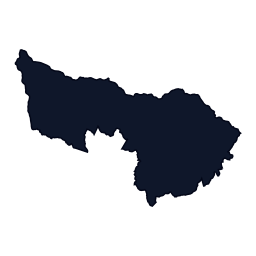 the district of Novo Acordo, Tocantins, Brazil
{"feature_id": "56859067B81404235342349", "entity_name": "Novo Acordo", "entity_type": "district", "adm_level": 2, "iso_a3": "BRA", "parent_name": "Brazil", "parent_adm1": "Tocantins", "projection": "robinson", "projection_center": [-47.429, -10.16], "detail": "fine", "context": "isolated", "style": "filled", "palette": "ink", "viewbox_px": 256, "rotation_deg": 0, "n_neighbors": 0, "source": "geoboundaries", "source_scale": "gbopen_adm2", "svg_char_len": 5783}
<svg xmlns="http://www.w3.org/2000/svg" viewBox="0 0 256 256"><path d="M25.6,88.7L25.9,89.9L25.7,91.2L25.8,92.3L26.2,93.2L27.9,94.3L29.4,95.8L29.6,96.8L29.6,97.7L29.0,100.6L28.5,101.5L28.3,102.4L28.4,104.6L28.0,106.6L28.2,109.3L28.0,110.4L28.2,111.6L29.3,113.5L29.6,115.5L30.4,117.7L30.7,120.6L31.3,124.1L31.4,125.2L31.4,126.1L31.8,128.2L32.3,129.2L33.2,129.6L34.1,129.4L35.3,129.4L36.4,129.1L37.1,128.6L37.6,129.4L39.8,130.2L39.7,131.1L39.8,131.9L41.4,132.7L41.5,133.8L42.2,134.8L43.8,134.5L44.6,134.8L46.1,134.7L46.6,135.6L48.0,136.6L48.8,137.0L49.8,137.0L50.8,138.2L51.7,138.5L52.2,137.6L53.1,137.3L54.2,137.7L58.2,137.3L58.9,137.8L60.6,137.8L61.6,138.4L63.0,139.7L64.8,140.4L65.7,141.3L66.0,142.6L66.9,143.0L67.5,144.0L69.0,145.1L69.8,145.0L71.5,143.8L72.2,144.5L72.6,145.6L73.0,146.3L73.2,147.2L73.8,147.8L75.5,148.1L87.4,152.1L87.6,151.0L87.0,149.6L85.3,147.4L84.8,146.3L84.9,144.8L85.2,143.6L84.8,142.9L84.8,141.9L84.3,140.2L84.6,138.4L84.9,137.4L84.9,136.4L84.4,135.7L84.2,134.8L84.6,133.9L85.3,133.5L85.5,131.8L86.4,130.7L86.9,129.3L88.8,129.7L89.7,130.3L91.3,131.0L92.4,132.6L93.1,132.8L93.7,133.4L94.1,134.4L98.0,126.2L98.7,127.0L99.0,128.6L99.5,129.3L99.8,130.1L100.4,131.1L101.2,132.0L102.0,132.4L102.9,132.4L103.7,132.7L104.7,132.5L105.4,133.6L106.6,134.7L107.5,134.4L108.9,134.7L109.4,135.6L110.4,136.3L113.0,135.3L113.4,134.3L113.4,132.6L114.2,131.8L114.5,131.0L115.7,129.8L116.1,128.6L117.1,128.2L119.7,129.2L120.2,129.9L119.9,131.0L119.9,132.3L120.9,132.7L121.6,132.7L122.2,134.1L122.8,135.0L123.2,136.7L123.9,137.7L125.0,138.9L125.8,139.5L126.6,139.7L127.8,138.9L121.9,148.9L123.3,148.9L124.8,149.9L125.7,150.1L128.9,149.8L129.5,151.2L131.4,151.6L132.3,151.6L135.1,150.1L136.2,150.2L136.8,150.7L136.8,151.6L138.1,153.1L137.5,153.9L137.2,154.7L137.7,155.9L137.6,157.1L138.3,158.0L138.4,159.4L138.0,160.2L138.7,160.2L139.5,159.8L139.9,160.6L140.5,161.1L139.6,162.0L138.6,162.3L137.9,164.2L138.1,165.4L137.8,166.4L136.8,166.7L136.1,167.6L135.9,168.4L135.5,169.1L135.4,170.4L134.5,171.3L135.6,171.8L135.1,172.5L135.1,173.7L134.4,174.4L135.1,175.6L135.8,176.3L135.0,178.1L135.1,179.2L136.1,179.8L136.0,180.8L136.1,181.8L135.1,181.9L134.5,183.2L134.4,184.6L135.6,184.2L137.7,187.5L138.0,188.5L139.9,190.1L141.0,190.3L142.1,190.3L142.9,190.1L143.9,190.1L144.7,189.7L146.0,191.0L146.2,192.0L146.9,194.0L146.7,195.4L147.0,196.5L146.9,198.1L148.0,201.9L149.1,202.3L149.1,203.3L150.2,205.3L152.3,206.1L156.0,202.2L155.4,201.4L155.4,199.8L155.7,198.6L155.7,196.9L157.0,196.4L157.7,196.7L159.2,196.9L160.2,196.1L162.5,195.6L163.3,195.2L164.9,193.6L165.6,193.4L167.5,193.6L168.7,193.4L170.0,191.9L170.8,192.1L172.7,194.8L173.6,195.7L174.5,195.9L174.8,196.8L176.6,196.7L177.0,196.0L180.2,195.6L180.9,195.1L183.0,195.0L184.1,194.6L185.1,195.1L187.1,194.5L190.3,193.9L192.0,193.0L192.9,191.9L195.4,190.6L196.2,189.6L196.7,187.0L197.7,185.4L197.5,184.5L197.7,182.9L199.7,181.6L201.3,179.5L201.7,178.6L203.7,186.0L204.7,185.8L205.1,185.1L205.9,184.4L208.5,183.8L210.0,180.8L210.6,180.0L210.7,178.9L212.4,178.1L213.0,177.4L213.3,176.5L214.1,175.3L214.4,174.3L214.1,172.5L214.8,171.8L215.7,172.0L217.8,175.8L218.6,175.8L219.6,173.8L219.4,172.6L218.7,171.3L218.4,169.6L221.0,169.3L221.8,169.0L221.3,167.6L222.2,167.7L221.6,166.1L221.2,164.3L221.2,162.9L221.7,162.1L222.9,162.0L222.9,159.8L223.5,158.8L224.8,158.1L226.3,158.7L227.4,159.4L229.7,159.8L229.9,158.4L230.7,158.0L231.5,158.1L232.3,157.7L232.8,156.2L232.5,155.1L231.6,154.8L230.7,154.8L229.6,154.0L229.2,152.4L228.0,151.8L229.3,150.5L232.0,146.9L232.3,146.1L233.4,144.4L233.9,142.9L235.4,142.0L236.3,140.7L236.7,139.8L237.1,137.7L237.7,136.5L239.1,135.6L239.6,133.9L240.6,133.2L239.7,132.5L238.8,131.5L237.9,129.2L234.1,128.1L233.4,126.9L232.6,127.1L231.6,126.3L230.8,125.5L230.4,124.3L229.6,123.6L228.6,121.8L227.7,121.5L225.4,121.2L222.9,120.3L222.2,119.7L221.5,118.1L220.4,117.5L219.2,117.2L218.1,117.4L216.9,118.2L215.1,117.2L214.9,116.3L215.3,115.3L214.8,114.6L214.3,114.2L214.0,113.3L214.4,112.0L213.7,111.1L211.7,110.1L210.9,109.3L210.1,108.4L209.4,106.8L208.5,106.0L207.4,105.6L206.2,105.5L205.1,104.8L203.6,103.4L202.7,101.9L200.0,98.2L199.5,96.8L198.3,95.1L197.4,94.7L195.6,94.8L194.8,94.3L192.6,94.4L190.3,95.1L188.0,94.3L187.2,93.8L186.5,93.6L184.8,93.6L184.2,93.0L183.8,91.4L183.4,90.7L182.2,89.4L181.3,89.8L180.7,89.3L179.7,89.4L178.8,88.9L177.0,89.0L175.4,89.4L174.0,90.1L173.1,90.2L171.2,91.1L169.0,93.5L167.4,94.1L165.7,94.1L164.5,94.5L163.9,95.6L162.8,96.3L162.0,98.3L160.6,98.9L158.5,99.1L157.3,98.4L156.6,97.6L155.5,97.1L154.2,97.1L152.8,96.3L152.5,95.2L151.3,94.2L148.3,94.7L146.9,95.2L146.1,94.4L143.7,93.8L142.7,94.4L141.8,94.7L139.9,94.8L137.0,93.7L135.7,93.8L134.7,94.6L134.1,96.0L133.4,96.7L131.7,95.9L129.8,95.3L128.5,95.2L125.7,94.6L124.9,93.7L123.4,90.3L122.1,89.4L121.1,88.3L118.2,87.2L116.8,84.5L114.8,82.8L109.9,81.4L109.0,80.8L108.8,79.5L108.9,78.7L108.2,78.2L107.0,79.2L104.7,80.1L102.8,80.1L100.6,78.9L99.6,78.9L96.6,80.0L94.5,79.4L91.2,77.9L90.0,77.8L87.1,78.4L86.0,78.1L84.7,78.5L83.3,77.6L81.7,77.7L80.7,77.2L79.7,77.4L78.1,79.4L76.3,80.2L75.4,80.2L74.7,79.9L72.7,79.7L71.7,78.8L70.7,77.5L69.8,77.5L68.8,77.0L66.6,76.4L65.7,76.8L64.8,76.3L64.2,75.6L63.3,73.6L62.4,72.7L61.6,72.7L60.9,72.0L58.5,71.2L54.5,70.9L51.3,69.5L50.3,68.7L49.6,67.1L49.0,66.5L46.9,65.3L40.9,62.8L39.1,62.4L34.9,61.8L33.6,61.9L32.6,61.3L31.4,58.7L30.8,58.1L29.4,57.3L28.2,56.1L27.3,54.7L26.1,51.9L25.5,51.4L24.1,50.7L23.1,50.6L21.8,49.9L20.5,50.1L19.5,53.5L19.5,54.5L20.0,57.0L19.5,57.9L18.9,58.5L18.0,58.7L17.4,59.4L16.7,61.3L15.4,63.1L15.6,64.2L16.6,64.7L17.3,65.8L17.3,66.9L18.0,69.0L18.9,69.9L20.1,70.3L21.0,70.9L21.7,71.7L22.3,73.4L22.5,74.5L22.3,75.6L22.6,77.8L22.1,80.0L22.0,81.1L22.4,82.0L23.1,82.9L23.8,83.6L24.6,84.0L25.2,84.9L25.5,86.8L25.6,88.7Z" fill="#0f172a" stroke="#020617" stroke-width="1.5"/></svg>